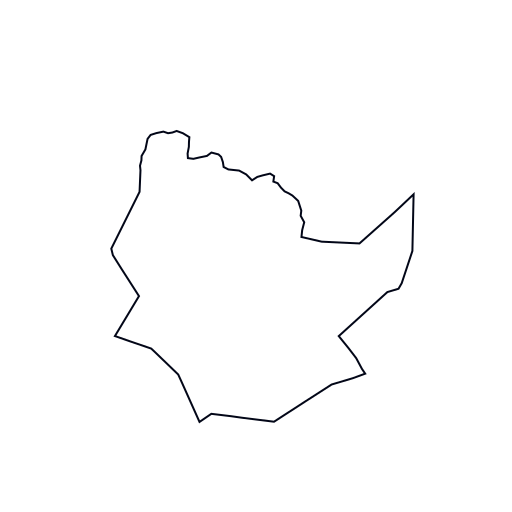 Santo Antônio, Rio Grande do Norte, Brazil, rotated 48°
{"feature_id": "56859067B19314553813620", "entity_name": "Santo Antônio", "entity_type": "district", "adm_level": 2, "iso_a3": "BRA", "parent_name": "Brazil", "parent_adm1": "Rio Grande do Norte", "projection": "equal_earth", "projection_center": [-35.537, -6.324], "detail": "fine", "context": "isolated", "style": "outline", "palette": "ink", "viewbox_px": 512, "rotation_deg": 48, "n_neighbors": 0, "source": "geoboundaries", "source_scale": "gbopen_adm2", "svg_char_len": 1109}
<svg xmlns="http://www.w3.org/2000/svg" viewBox="0 0 512 512"><g transform="rotate(48 256 256)"><path d="M356.9,136.4L315.6,97.6L316.2,123.5L315.9,170.7L289.3,197.6L272.3,209.5L267.7,204.4L263.2,197.6L256.0,195.9L252.6,192.0L243.3,187.8L235.4,188.5L231.2,189.8L227.1,191.5L221.9,191.7L216.4,191.2L212.3,193.3L208.8,189.1L204.2,190.4L200.6,197.0L198.1,202.1L197.1,208.3L188.8,208.7L181.2,211.4L173.2,218.6L168.2,220.5L164.1,217.8L159.0,215.6L155.4,215.9L149.3,219.9L148.8,225.5L144.9,232.1L141.9,237.5L137.7,241.1L134.1,238.3L130.0,232.9L126.3,229.4L123.1,226.0L115.8,228.2L110.0,231.3L108.3,235.5L105.9,239.2L101.6,241.6L98.0,247.8L95.5,253.3L96.4,258.2L102.8,266.9L105.1,274.1L108.3,277.2L111.3,281.8L115.0,284.5L130.4,299.6L153.7,358.6L159.6,361.8L175.2,364.5L207.5,369.8L221.1,414.4L234.6,407.0L254.7,395.8L258.3,395.5L292.0,393.1L300.6,395.8L341.5,409.0L343.4,394.8L358.4,381.7L367.1,374.4L391.2,353.5L397.0,317.1L402.1,285.8L411.6,265.8L416.5,253.6L410.8,252.8L399.0,249.9L386.5,248.9L370.9,248.1L370.7,182.5L375.7,172.0L373.7,165.9L356.9,136.4Z" fill="none" stroke="#020617" stroke-width="2"/></g></svg>